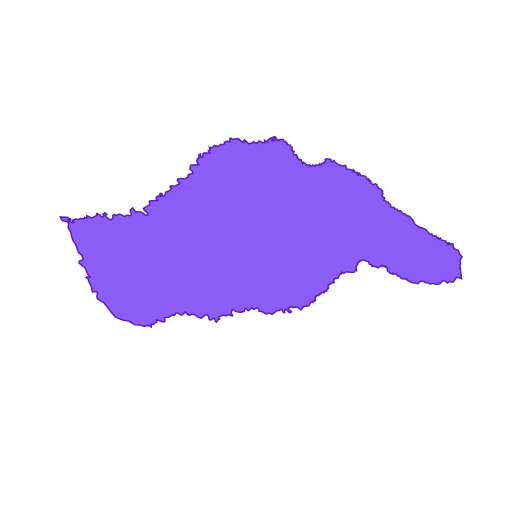 outline of Querência, Mato Grosso, Brazil, rotated 301°
{"feature_id": "56859067B43920904563535", "entity_name": "Querência", "entity_type": "district", "adm_level": 2, "iso_a3": "BRA", "parent_name": "Brazil", "parent_adm1": "Mato Grosso", "projection": "natural_earth1", "projection_center": [-52.69, -12.226], "detail": "fine", "context": "isolated", "style": "filled", "palette": "violet", "viewbox_px": 512, "rotation_deg": 301, "n_neighbors": 0, "source": "geoboundaries", "source_scale": "gbopen_adm2", "svg_char_len": 6140}
<svg xmlns="http://www.w3.org/2000/svg" viewBox="0 0 512 512"><g transform="rotate(301 256 256)"><path d="M347.4,182.2L347.4,180.1L343.7,175.5L344.1,174.6L343.6,173.0L340.4,174.9L339.6,172.0L337.2,170.4L336.2,171.4L334.5,170.2L333.3,168.0L330.6,167.4L329.2,163.3L325.5,162.3L325.6,161.0L324.8,160.9L324.8,160.3L323.4,162.0L321.7,160.8L320.5,163.5L317.6,158.4L316.1,158.0L313.3,159.5L312.2,158.0L315.0,155.9L313.5,154.9L310.4,156.6L309.0,155.7L306.7,156.4L304.7,159.8L300.5,153.4L299.4,153.3L296.3,154.7L296.0,157.7L294.3,159.3L291.3,156.4L290.4,156.0L289.1,157.3L285.3,155.1L283.4,151.1L281.7,149.3L280.0,149.8L278.9,153.4L274.1,150.4L272.0,146.5L270.7,146.9L270.7,148.7L267.3,148.2L264.3,145.7L260.7,146.7L259.6,145.3L260.8,143.0L260.5,141.7L259.0,141.7L258.9,143.9L257.4,143.4L257.1,141.1L255.0,140.2L254.1,140.6L253.1,143.1L248.4,136.5L247.6,136.4L246.2,138.5L245.4,138.5L238.9,135.0L237.7,136.5L236.9,141.1L236.0,142.1L235.3,141.7L234.1,140.2L234.6,136.6L234.2,134.0L231.9,130.3L233.7,125.4L230.8,124.6L229.3,125.4L228.1,127.5L226.8,127.9L225.5,126.8L224.6,124.5L222.2,123.0L221.6,117.5L218.8,115.1L218.5,113.0L216.8,112.3L215.2,114.0L211.9,112.8L212.4,107.1L213.1,106.2L214.9,106.7L215.3,104.2L213.0,103.2L212.0,104.9L210.7,104.7L209.9,102.9L211.0,101.0L210.3,97.7L209.1,98.7L204.1,95.8L203.4,90.2L201.6,91.6L201.0,91.2L201.0,89.3L199.0,89.2L198.1,86.6L195.5,84.7L195.2,82.9L192.5,80.5L191.4,80.7L191.1,82.6L189.9,81.2L189.2,77.3L190.4,76.8L191.0,78.6L191.8,78.7L192.3,78.1L191.7,75.3L192.2,74.7L188.6,68.1L186.5,71.7L188.1,76.0L187.5,78.7L183.3,80.5L180.7,85.7L178.5,87.1L175.1,91.0L172.8,95.9L167.6,101.9L166.8,106.2L164.6,109.4L163.4,109.5L160.7,107.1L158.7,108.2L157.8,115.7L153.9,120.7L152.5,124.7L151.1,122.0L150.1,121.4L149.9,124.3L147.9,125.8L145.6,130.0L141.6,133.5L141.0,134.5L143.1,137.0L143.1,138.8L138.6,140.9L137.5,142.7L137.6,149.8L132.9,161.7L131.3,167.4L132.5,174.9L134.7,180.4L134.7,187.7L136.8,191.3L138.1,196.3L140.9,199.3L141.2,202.8L143.5,201.3L144.6,203.5L146.1,203.5L148.2,205.0L150.0,203.5L151.7,210.5L152.4,211.4L153.2,211.5L156.0,209.4L158.8,213.0L162.2,214.4L163.2,216.9L165.6,216.7L166.9,218.0L166.7,222.0L167.7,223.2L171.5,224.2L170.7,227.3L170.8,229.3L174.0,231.9L173.8,238.3L174.5,241.1L179.1,242.8L180.5,244.6L179.9,246.1L177.4,248.7L177.9,250.4L180.2,251.3L180.9,252.5L179.0,255.1L179.0,256.2L182.0,256.4L183.2,257.3L183.9,255.4L186.0,256.1L188.7,259.0L189.2,261.0L191.6,262.6L192.2,266.3L192.8,266.7L194.6,263.9L197.8,263.2L198.3,264.9L197.9,266.8L199.6,271.6L202.5,274.4L205.4,273.8L206.0,274.8L205.2,276.6L205.4,278.0L209.3,278.9L209.1,281.4L212.2,283.9L212.3,284.8L210.3,287.1L211.5,290.5L211.3,294.1L213.7,296.7L214.5,300.0L219.9,302.1L221.0,303.8L222.8,304.3L223.2,306.0L221.8,308.2L222.1,309.8L224.6,308.3L225.8,309.3L224.7,313.4L225.4,315.0L226.7,315.0L226.9,312.0L227.9,310.4L230.4,312.2L231.5,315.4L233.5,317.3L233.0,322.2L237.5,323.0L240.6,327.0L244.2,326.7L245.6,327.7L245.5,328.6L246.5,328.0L246.9,329.3L248.2,329.7L248.1,329.1L249.1,329.4L251.3,327.9L252.2,328.4L253.1,327.9L254.0,329.7L255.2,330.3L255.6,329.7L257.1,331.2L258.1,331.0L259.7,332.2L259.4,333.2L261.4,333.4L262.4,334.7L263.5,334.0L265.6,334.8L268.1,332.9L270.2,334.1L270.7,333.7L270.9,334.4L273.1,335.6L273.2,336.6L273.8,336.6L274.8,335.1L276.1,335.0L278.3,336.2L278.8,337.6L284.0,337.4L284.6,338.4L286.2,337.9L285.9,338.9L286.6,340.4L288.7,341.3L292.4,348.4L294.8,348.7L295.1,349.8L298.3,347.4L301.5,347.4L302.6,346.3L303.4,347.4L305.5,347.3L305.8,348.5L307.9,349.7L309.0,355.5L307.4,357.4L307.8,359.8L306.7,361.0L308.2,362.9L308.8,366.7L312.4,368.6L312.0,369.4L313.0,369.4L313.3,371.0L312.8,371.4L314.0,372.9L313.1,373.4L313.3,374.9L310.9,376.3L310.4,379.9L310.7,382.0L311.4,382.2L310.8,382.6L312.7,384.9L312.5,386.9L311.8,387.5L312.4,389.7L311.6,392.2L312.8,395.4L314.1,396.8L313.1,397.8L313.6,403.7L315.9,409.2L319.1,409.8L320.4,412.8L320.6,415.7L321.6,416.8L321.7,419.8L323.2,421.1L324.9,425.7L326.8,427.9L331.3,428.9L332.0,430.7L331.4,433.9L333.7,435.0L335.2,438.5L340.5,438.8L341.9,440.8L342.4,443.9L352.7,435.8L355.0,435.3L356.9,433.2L361.4,433.1L362.9,429.2L365.0,426.8L364.4,422.4L365.3,420.5L368.0,418.3L366.4,417.3L366.7,416.6L366.2,415.7L366.9,414.8L366.4,414.3L365.2,415.5L364.4,414.4L365.8,413.6L365.6,411.7L366.5,410.9L365.1,406.5L366.3,404.9L365.0,404.5L365.2,403.7L364.7,404.1L364.7,402.8L365.5,402.5L364.9,401.2L365.9,400.0L364.2,396.9L365.5,395.3L364.3,393.9L364.4,393.0L366.2,387.5L365.3,382.4L364.3,381.7L365.1,380.3L364.7,378.1L365.5,374.8L367.3,372.7L369.0,367.1L368.4,364.4L368.9,362.5L368.0,360.0L369.1,356.4L368.2,355.4L367.9,356.5L367.7,355.0L368.8,352.8L367.4,350.6L368.7,349.7L367.5,346.5L369.3,344.8L369.2,342.9L370.2,341.7L369.6,336.9L372.2,336.4L371.8,334.3L373.2,332.7L374.8,332.7L374.7,331.6L377.0,331.1L377.6,328.4L376.9,325.8L377.8,325.7L378.3,323.2L379.5,322.7L379.3,321.0L378.1,320.4L377.4,318.9L378.1,317.5L377.7,316.4L379.6,315.4L378.7,314.2L379.7,313.7L380.0,312.4L379.1,312.0L380.7,308.6L379.0,304.5L380.3,302.2L380.0,301.4L378.5,302.3L377.9,300.9L379.7,299.8L378.6,296.7L379.6,296.5L380.1,294.8L378.6,295.1L378.8,292.6L377.1,288.6L379.8,286.4L378.9,284.7L377.3,283.9L377.6,281.9L376.7,280.5L377.1,275.2L378.0,273.7L375.8,272.8L375.9,271.2L377.0,271.0L377.2,269.7L375.4,266.1L374.2,265.6L373.7,266.6L372.6,266.9L371.5,266.0L370.9,266.6L369.6,264.8L367.6,264.8L368.0,263.0L366.0,263.0L364.8,260.3L363.2,260.6L363.3,257.7L361.3,257.4L361.4,256.0L360.7,256.1L360.7,255.1L361.5,254.7L360.3,253.4L360.7,248.5L359.2,248.2L361.8,244.8L360.9,243.6L361.7,240.5L362.3,240.6L363.6,238.5L362.1,236.4L363.6,235.0L365.2,235.0L365.0,231.4L365.9,232.0L367.7,231.2L367.6,229.3L368.7,228.6L367.5,225.9L368.1,225.5L367.8,224.9L369.0,224.2L369.2,221.8L368.6,221.6L369.9,219.1L367.5,215.7L366.4,215.9L366.2,214.5L367.0,213.5L365.9,212.5L364.5,212.6L363.1,210.4L363.4,209.6L367.3,212.0L368.0,211.8L368.0,210.6L363.5,207.1L360.2,206.5L359.9,207.0L359.7,203.7L357.4,205.0L356.7,203.9L356.1,199.3L353.0,199.0L353.1,197.8L352.3,196.8L352.9,195.2L350.5,194.2L348.4,191.8L349.8,186.5L348.5,186.2L348.5,187.0L347.1,187.1L346.8,183.0L347.4,182.2Z" fill="#8b5cf6" stroke="#5b21b6" stroke-width="1.5"/></g></svg>